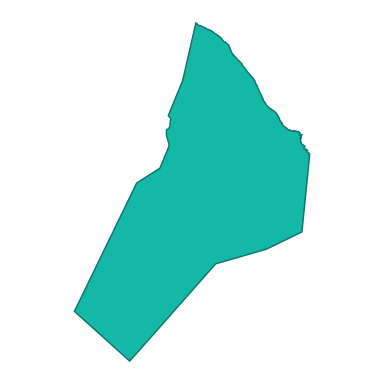 outline of Gagaemauga I, Gaga'emauga, Samoa
{"feature_id": "51752279B56154317281841", "entity_name": "Gagaemauga I", "entity_type": "district", "adm_level": 2, "iso_a3": "WSM", "parent_name": "Samoa", "parent_adm1": "Gaga'emauga", "projection": "orthographic", "projection_center": [-172.292, -13.543], "detail": "fine", "context": "isolated", "style": "filled", "palette": "teal", "viewbox_px": 384, "rotation_deg": 0, "n_neighbors": 0, "source": "geoboundaries", "source_scale": "gbopen_adm2", "svg_char_len": 2785}
<svg xmlns="http://www.w3.org/2000/svg" viewBox="0 0 384 384"><path d="M155.3,332.2L167.3,318.6L215.7,263.8L266.5,249.1L301.9,231.9L309.5,156.6L309.6,156.2L309.2,155.5L309.5,154.7L308.9,155.0L308.9,153.2L308.5,152.6L308.1,152.3L307.2,152.1L306.6,151.6L306.4,151.1L306.6,150.3L307.2,150.3L306.8,149.7L306.0,149.2L305.3,149.3L304.5,149.3L304.0,148.8L303.8,148.2L304.5,146.7L304.9,146.8L304.7,145.9L303.4,145.3L303.0,144.9L302.0,144.2L301.6,143.6L301.1,142.6L301.1,142.1L300.7,141.9L300.6,141.3L300.7,140.4L300.6,139.8L300.2,139.2L300.7,138.8L300.3,138.1L300.4,137.9L301.2,137.9L301.2,137.6L300.6,137.3L301.3,136.9L301.2,136.2L301.6,135.5L301.2,135.3L301.6,134.7L301.2,134.7L300.4,135.2L299.7,135.0L299.5,134.2L299.8,133.9L300.0,133.3L299.5,133.1L299.5,132.6L299.1,132.1L298.5,131.6L298.0,131.5L297.5,131.8L296.2,131.3L295.9,131.0L295.4,131.2L295.0,130.8L294.7,131.0L293.8,130.6L293.4,130.7L293.3,131.4L291.5,130.9L291.2,130.6L290.6,130.7L289.7,129.9L289.2,130.3L288.8,129.9L288.6,130.0L287.4,129.2L287.0,128.7L286.0,128.0L286.2,127.8L285.6,127.3L285.2,127.4L283.7,126.1L282.5,124.8L282.3,124.1L281.8,123.7L281.9,122.7L281.4,122.8L280.4,121.5L280.5,121.0L280.0,121.0L279.5,119.7L279.6,119.4L279.2,117.9L278.7,117.3L278.2,116.3L277.7,115.4L277.2,115.0L277.2,114.5L275.9,112.8L274.6,111.5L273.3,110.6L272.2,109.9L270.9,108.9L270.2,108.6L268.9,107.5L268.2,107.0L267.3,106.0L265.9,104.4L265.5,103.6L265.5,103.3L264.8,102.7L264.8,102.3L264.3,101.9L264.2,101.4L263.7,100.9L263.4,100.3L263.2,99.3L262.9,99.2L262.8,98.5L261.9,96.8L261.8,96.3L261.0,94.8L260.8,94.0L260.1,93.0L259.4,91.4L259.0,90.4L258.7,89.3L258.2,88.7L257.6,87.3L257.0,85.4L256.2,84.4L255.7,83.5L255.0,81.7L254.9,80.9L254.2,80.1L253.5,78.7L252.2,77.3L252.0,77.0L250.8,75.7L250.4,75.0L249.5,74.3L248.6,73.0L248.2,73.0L247.7,72.2L245.3,69.0L244.4,67.5L243.9,67.0L243.4,66.4L242.9,66.0L242.3,65.1L241.5,63.4L239.1,60.9L237.7,59.8L234.4,56.0L233.5,55.4L233.1,54.8L233.2,54.3L232.3,53.6L231.2,51.4L230.4,49.3L230.0,48.4L229.8,47.7L229.4,47.2L229.3,46.4L228.7,45.6L228.6,45.0L228.0,44.4L226.4,43.2L225.3,42.1L224.9,42.2L224.0,41.6L222.8,40.4L221.4,38.4L220.2,37.2L219.4,36.7L218.4,35.8L217.9,35.6L216.7,34.7L216.4,34.4L215.5,33.8L214.3,33.2L213.3,32.2L211.3,30.8L209.7,29.9L208.5,29.6L207.5,29.2L206.9,29.1L206.2,28.8L205.3,27.9L204.1,27.3L202.9,27.0L200.5,25.7L198.5,25.4L196.9,23.7L195.9,23.0L190.5,46.5L182.6,80.8L168.3,115.6L169.6,117.3L170.4,118.1L170.8,118.9L170.1,122.6L170.0,123.6L170.1,125.8L169.7,126.8L169.1,127.9L168.5,128.6L166.8,129.7L166.5,130.2L166.4,131.3L166.4,134.5L167.0,137.2L167.6,139.2L168.1,141.3L168.6,142.6L169.0,143.9L168.9,146.6L159.9,168.2L136.7,183.0L74.4,311.4L97.0,331.6L108.6,342.1L129.6,361.0L135.9,354.1L143.6,345.4L150.1,338.1L155.3,332.2Z" fill="#14b8a6" stroke="#0f766e" stroke-width="1.5"/></svg>